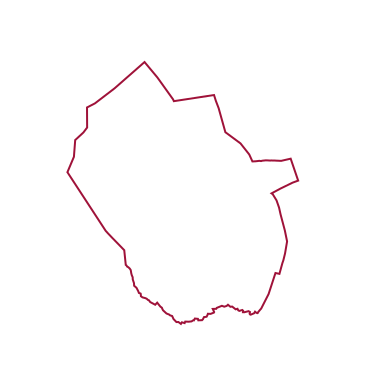 Santa Inés del Monte, Oaxaca, Mexico (Natural Earth projection), rotated 334°
{"feature_id": "50627088B35228848025668", "entity_name": "Santa Inés del Monte", "entity_type": "district", "adm_level": 2, "iso_a3": "MEX", "parent_name": "Mexico", "parent_adm1": "Oaxaca", "projection": "natural_earth1", "projection_center": [-96.856, 16.922], "detail": "fine", "context": "isolated", "style": "outline", "palette": "rose", "viewbox_px": 384, "rotation_deg": 334, "n_neighbors": 0, "source": "geoboundaries", "source_scale": "gbopen_adm2", "svg_char_len": 1927}
<svg xmlns="http://www.w3.org/2000/svg" viewBox="0 0 384 384"><g transform="rotate(334 192 192)"><path d="M167.8,64.9L143.6,69.8L134.7,70.0L126.0,88.1L120.5,90.9L109.8,94.1L101.3,108.6L88.7,119.6L97.4,189.1L98.1,191.4L98.2,191.9L100.3,198.5L105.6,214.6L100.5,228.5L100.9,229.2L101.0,230.6L101.8,231.7L102.5,233.6L102.7,235.2L102.4,236.4L101.8,238.3L101.4,240.4L101.3,242.6L100.4,244.7L99.9,248.5L98.9,250.9L100.1,253.7L100.2,257.8L100.0,259.4L100.9,260.3L101.3,260.8L101.1,261.5L100.4,263.3L101.3,265.0L103.6,267.0L104.5,268.1L105.1,269.7L105.8,270.4L106.2,272.6L109.5,277.2L112.2,276.2L113.3,281.1L114.2,282.8L114.1,283.6L114.1,285.6L115.8,290.0L117.8,292.2L118.1,293.1L119.8,294.8L119.7,298.1L121.0,302.1L122.8,302.9L124.2,305.7L125.8,304.7L127.9,306.6L129.1,305.5L132.1,307.1L134.9,308.1L137.1,307.8L137.5,308.2L139.1,307.0L141.7,308.6L141.4,310.1L144.8,311.6L146.0,311.2L147.9,309.7L150.4,310.5L151.7,309.6L152.9,308.4L155.3,309.7L158.8,310.0L159.3,309.6L159.4,306.2L162.6,307.6L163.5,307.0L169.0,307.4L170.7,309.2L173.2,309.6L174.9,309.1L176.2,312.0L177.9,312.6L179.8,316.6L181.7,316.9L181.7,318.6L182.4,319.6L185.5,320.1L185.9,321.2L185.1,322.4L186.3,323.0L190.6,323.9L191.5,325.3L190.4,326.7L190.5,327.5L191.0,328.0L194.7,328.2L196.2,327.2L196.7,328.4L197.5,329.5L197.9,329.6L198.1,329.3L201.6,327.7L203.1,327.1L216.1,317.3L231.5,301.4L234.7,303.9L242.1,295.5L244.2,293.4L248.7,288.0L255.8,278.1L258.6,267.2L261.8,250.9L263.4,244.2L264.3,236.6L263.6,229.4L262.9,228.1L265.5,228.0L273.1,227.7L277.7,227.7L286.5,227.7L292.4,228.3L295.3,205.3L285.8,203.1L281.2,200.6L280.0,199.9L276.8,198.3L276.2,198.1L273.9,196.8L272.2,195.9L269.2,194.8L268.7,194.6L268.1,194.6L267.7,194.5L267.5,194.4L266.2,193.5L263.8,192.7L262.2,192.1L259.7,191.0L259.9,183.4L256.9,169.6L248.2,152.9L252.7,128.3L253.4,120.5L254.3,114.5L215.5,102.4L215.6,100.5L211.1,73.9L206.3,54.4L167.8,64.9Z" fill="none" stroke="#9f1239" stroke-width="2"/></g></svg>